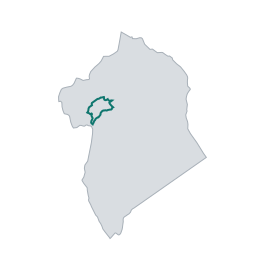 Uganda, with Nwoya highlighted, rotated 325°
{"feature_id": "UGA-5625", "entity_name": "Nwoya", "entity_type": "District", "adm_level": 1, "iso_a3": "UGA", "parent_name": "Uganda", "parent_adm1": "", "projection": "mercator", "projection_center": [31.834, 2.49], "detail": "fine", "context": "in_parent", "style": "outline", "palette": "teal", "viewbox_px": 256, "rotation_deg": 325, "n_neighbors": 0, "source": "natural_earth", "source_scale": "10m", "svg_char_len": 3324}
<svg xmlns="http://www.w3.org/2000/svg" viewBox="0 0 256 256"><g transform="rotate(325 128 128)"><path d="M175.3,197.0L172.2,197.0L167.0,197.0L161.9,197.0L156.7,197.0L151.6,197.0L146.4,197.0L141.3,197.0L136.1,197.0L131.0,197.0L125.8,197.0L120.6,197.0L115.5,197.0L110.3,197.0L105.2,197.0L100.0,197.0L94.9,197.0L89.7,197.0L86.7,197.0L86.1,196.9L85.6,196.8L83.7,197.1L81.7,198.4L79.5,198.9L77.3,198.7L77.0,198.9L75.8,198.8L74.1,198.7L72.6,199.1L71.5,200.2L70.3,202.1L68.2,204.3L66.5,206.2L65.1,207.6L61.9,209.9L60.2,210.5L59.3,210.4L58.8,210.0L57.8,207.1L57.1,206.6L50.9,208.1L49.9,208.2L50.0,207.3L49.6,200.4L49.5,196.3L50.3,193.6L50.8,190.6L50.8,188.0L52.0,183.4L51.6,180.7L53.0,171.2L53.4,169.7L54.0,165.1L54.9,163.7L55.8,163.1L56.8,160.3L58.9,155.8L60.3,153.5L60.0,148.4L60.2,144.9L60.5,144.2L63.6,142.9L67.5,139.7L69.2,135.9L71.5,133.6L76.0,132.0L89.5,119.1L95.8,112.2L98.5,108.6L98.6,107.4L99.1,105.7L98.0,104.4L96.7,103.2L96.3,102.1L95.2,101.5L93.6,101.6L92.5,100.8L91.3,99.2L90.1,98.2L86.3,98.3L83.3,96.7L83.4,94.5L84.5,90.3L86.7,85.3L86.9,84.0L86.5,82.8L86.0,81.9L85.0,80.9L84.0,79.7L84.8,76.2L86.2,72.7L87.3,71.0L88.5,69.0L88.1,67.4L86.5,66.7L87.4,65.1L89.1,62.5L92.6,59.9L95.6,58.1L97.6,58.1L101.5,59.5L105.1,61.1L107.0,61.2L109.4,60.5L114.3,57.6L115.5,58.5L116.9,60.3L118.5,63.3L121.6,64.6L123.1,65.5L124.1,65.8L124.7,65.6L125.9,63.3L127.3,62.0L129.9,60.4L135.7,59.1L139.8,58.7L141.5,58.5L144.5,57.7L149.1,55.3L153.6,58.4L158.6,59.0L163.3,59.0L164.8,58.1L165.6,57.3L170.7,52.3L177.5,45.5L182.0,55.1L183.5,55.6L183.3,56.5L182.9,57.3L185.9,59.6L189.5,60.8L190.8,62.0L191.0,63.3L189.7,68.9L190.0,70.5L191.1,76.2L193.3,77.4L195.2,83.1L199.1,85.5L199.7,86.2L200.6,88.9L201.8,91.9L202.7,92.6L203.3,92.8L204.4,96.0L203.7,97.8L204.6,103.2L206.1,108.1L206.5,113.9L206.5,116.5L206.5,118.1L206.1,120.3L205.4,121.5L204.2,122.8L202.8,124.7L201.6,126.8L200.9,127.9L201.5,131.0L201.3,131.8L201.0,132.2L199.2,132.7L197.0,133.6L195.6,134.4L193.7,136.0L192.1,137.7L190.1,142.8L186.6,146.7L186.1,148.0L182.8,150.4L181.4,153.3L180.5,156.8L179.2,159.4L176.5,162.9L175.9,168.4L176.0,179.5L175.3,192.0L175.3,197.0Z" fill="#d9dde1" stroke="#a8b0b8" stroke-width="1"/><path d="M130.7,96.3L129.5,96.4L128.3,96.3L127.2,96.6L127.0,97.8L127.2,100.2L127.7,102.5L126.7,102.4L126.4,102.5L126.2,102.6L125.7,103.1L125.4,103.2L124.7,103.2L123.7,102.5L122.8,102.2L122.1,101.8L121.8,101.7L120.9,101.6L120.6,101.5L119.5,100.4L118.9,100.2L118.2,99.7L117.8,99.5L117.5,99.4L117.2,99.5L117.0,99.4L116.7,99.3L116.2,99.5L115.0,99.7L114.5,99.9L114.0,100.2L113.1,101.3L110.3,102.2L109.8,102.3L109.6,102.2L109.3,101.9L109.0,101.9L107.0,101.9L106.6,102.0L105.6,102.6L104.2,102.9L102.7,104.0L102.0,104.2L101.8,104.3L101.2,104.7L100.8,103.1L101.0,102.3L102.1,101.2L103.6,100.4L104.3,100.0L104.7,99.6L104.8,98.9L104.9,98.1L105.0,97.7L105.1,97.0L105.4,96.5L105.8,96.3L106.1,96.2L106.4,96.0L106.5,95.7L106.5,95.4L106.4,95.2L106.1,95.2L105.8,95.3L105.5,95.3L105.0,94.9L104.6,93.6L104.2,93.0L103.8,92.6L103.5,92.0L104.7,91.6L105.7,90.7L107.0,89.3L108.2,88.7L111.6,88.7L112.0,87.5L112.8,86.8L119.7,86.7L120.8,87.3L121.8,87.4L123.1,87.4L124.2,88.1L125.4,88.5L126.0,88.8L125.6,89.7L125.1,90.4L124.9,91.2L125.3,92.1L126.1,92.6L127.9,92.7L127.8,93.1L127.9,93.7L128.0,94.2L128.4,95.0L129.2,95.5L130.1,95.8L130.7,96.3Z" fill="none" stroke="#0f766e" stroke-width="2"/></g></svg>